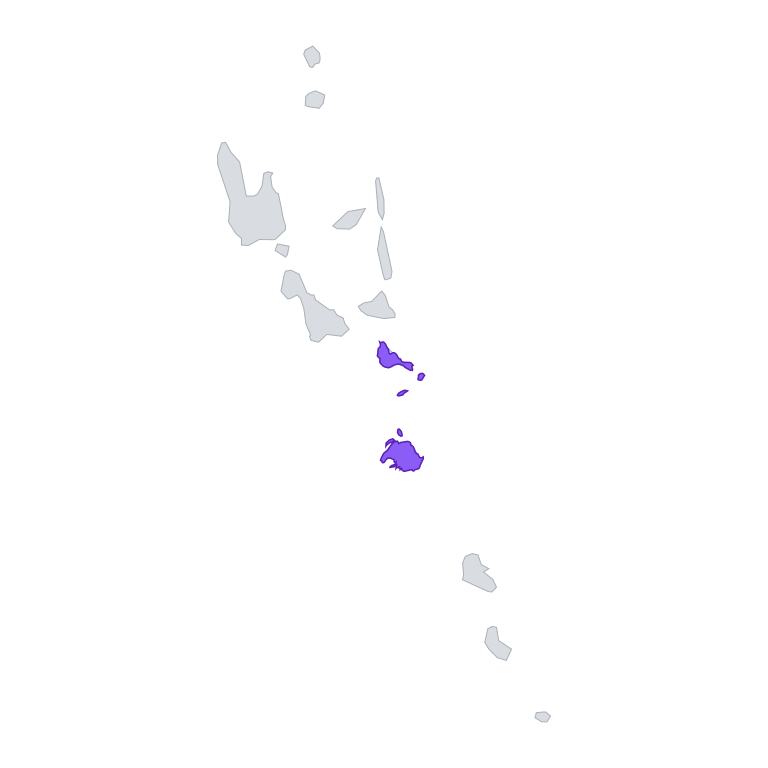 location of Shefa within Vanuatu
{"feature_id": "VUT-565", "entity_name": "Shefa", "entity_type": "Province", "adm_level": 1, "iso_a3": "VUT", "parent_name": "Vanuatu", "parent_adm1": "", "projection": "albers", "projection_center": [168.336, -17.198], "detail": "fine", "context": "in_parent", "style": "filled", "palette": "violet", "viewbox_px": 768, "rotation_deg": 0, "n_neighbors": 0, "source": "natural_earth", "source_scale": "10m", "svg_char_len": 4876}
<svg xmlns="http://www.w3.org/2000/svg" viewBox="0 0 768 768"><path d="M239.6,162.0L246.3,196.1L253.8,196.0L257.6,194.1L262.0,186.1L263.8,173.5L267.8,171.7L272.7,173.0L270.6,177.0L272.1,187.1L275.9,192.6L278.4,193.6L283.6,219.9L285.5,225.4L285.4,229.8L274.9,239.7L259.3,239.5L248.2,245.5L241.5,245.1L241.5,238.5L235.5,233.2L228.6,222.0L230.1,201.8L217.7,164.6L217.5,155.3L221.6,143.0L225.6,142.4L231.2,152.6L239.6,162.0ZM306.9,292.8L311.5,295.0L314.0,295.0L315.6,300.0L329.8,310.0L333.7,309.7L337.0,315.2L343.2,318.0L344.8,323.5L349.2,329.2L341.6,336.2L326.9,334.4L318.5,342.2L310.8,340.3L309.5,336.2L310.6,334.8L306.0,324.3L303.8,308.3L300.7,298.9L297.3,294.9L290.4,298.4L287.7,299.0L281.0,291.3L284.0,275.6L285.6,271.1L291.0,270.2L299.2,274.3L306.9,292.8ZM496.5,587.1L492.0,592.0L488.0,591.5L462.5,579.8L463.6,575.0L462.6,562.9L465.4,556.3L472.5,553.6L478.0,555.0L481.3,564.7L488.9,568.7L483.5,572.0L492.8,579.4L496.5,587.1ZM409.6,442.2L419.4,456.9L423.3,458.1L417.3,468.7L405.0,469.6L390.4,466.9L395.8,463.2L393.0,459.1L388.6,458.3L383.6,460.3L381.2,459.6L384.5,452.8L392.6,443.2L395.0,442.5L397.1,442.4L399.3,443.2L409.6,442.2ZM394.9,317.5L383.5,318.5L367.5,315.3L361.1,310.9L358.3,306.4L363.8,303.0L371.8,301.4L381.6,291.1L385.1,295.0L388.8,306.6L392.8,310.1L395.0,313.6L394.9,317.5ZM511.5,649.2L506.3,660.4L497.4,657.7L489.1,649.5L484.8,642.4L487.8,628.8L492.1,626.5L496.5,627.3L498.7,640.6L511.5,649.2ZM386.5,279.6L384.8,279.7L383.2,275.0L377.5,249.7L381.2,227.0L383.5,231.8L392.0,271.5L390.8,278.0L386.5,279.6ZM409.7,363.2L412.7,364.8L411.1,369.0L397.4,364.1L386.5,366.0L383.5,365.8L380.2,361.9L377.8,354.0L378.9,348.5L383.5,344.7L385.2,344.1L388.6,348.8L391.8,352.0L394.8,353.4L401.7,361.1L409.7,363.2ZM356.4,224.4L349.7,229.1L337.3,228.7L332.7,226.0L347.9,211.6L365.5,208.5L356.4,224.4ZM323.3,103.0L319.2,108.3L307.8,106.6L305.2,105.2L305.8,96.5L308.7,93.5L315.4,90.8L324.7,95.0L323.3,103.0ZM313.6,66.5L312.1,67.5L309.7,66.7L303.7,54.3L305.2,50.1L312.7,46.1L319.4,53.0L320.0,56.8L320.0,60.1L319.0,63.0L314.5,64.2L313.6,66.5ZM384.1,213.2L382.4,219.6L378.2,212.2L375.6,181.0L376.6,178.1L378.8,177.8L383.9,199.6L384.1,213.2ZM550.5,716.2L547.0,721.9L541.7,721.8L535.0,717.7L536.3,712.7L544.0,711.9L546.2,712.2L550.5,716.2ZM287.5,254.4L285.7,257.1L275.1,250.5L277.5,244.0L289.0,246.2L287.5,254.4Z" fill="#d9dde1" stroke="#a8b0b8" stroke-width="1"/><path d="M419.8,457.6L420.8,457.8L421.8,457.7L422.6,457.3L423.2,456.9L423.3,458.7L420.4,464.7L419.6,467.3L418.9,468.5L417.6,469.1L415.0,469.6L414.8,469.8L414.5,470.3L414.1,470.8L413.3,471.0L412.8,470.8L412.2,470.3L411.7,469.8L411.7,469.6L404.7,471.3L403.9,471.3L402.2,470.3L401.8,469.5L401.6,468.5L401.2,468.2L400.1,469.6L400.0,468.7L399.6,467.7L399.5,466.8L399.1,467.0L398.8,467.5L398.0,467.2L397.2,467.3L396.6,467.6L396.1,468.2L396.7,464.6L396.1,464.6L395.1,466.0L393.5,466.6L390.0,467.5L390.0,466.8L391.7,465.5L393.9,464.9L395.7,463.9L396.1,461.7L395.3,462.3L394.6,462.3L394.2,461.8L393.9,459.6L393.5,459.3L392.8,459.2L392.0,458.9L390.5,458.1L389.1,457.9L387.9,458.2L386.6,458.9L386.0,459.7L384.6,461.9L384.0,462.5L382.9,462.8L382.2,462.4L381.9,461.3L380.5,460.4L380.8,459.1L383.3,454.0L384.4,452.7L387.0,450.9L388.0,449.7L391.9,443.9L394.5,441.7L397.5,441.2L398.0,441.8L398.3,442.9L398.8,443.6L400.5,442.5L407.3,441.4L408.9,441.7L410.3,442.6L410.6,443.3L410.9,445.1L411.3,445.5L412.1,445.7L412.7,446.1L413.7,447.6L414.5,449.6L415.0,451.6L416.0,453.2L417.8,454.0L418.4,455.0L419.2,457.0L419.8,457.6ZM384.5,366.9L383.2,366.1L380.3,363.2L379.8,362.2L380.0,359.4L379.8,358.3L378.2,357.0L377.4,356.0L377.4,355.1L377.8,353.9L378.0,350.1L378.4,348.4L379.1,347.7L379.7,347.2L380.2,346.5L380.4,345.2L380.4,344.2L380.2,343.5L379.7,341.9L380.7,342.6L381.3,342.5L381.9,342.2L382.8,341.9L383.8,342.2L384.3,342.7L384.5,343.2L384.9,343.4L385.6,344.3L387.3,348.2L388.3,349.1L388.5,349.8L388.7,351.4L389.1,353.1L390.0,354.1L390.7,354.0L392.4,352.9L393.4,352.7L394.2,352.8L395.0,353.2L395.7,353.7L396.1,354.1L397.2,355.6L397.8,357.2L398.7,358.5L400.5,359.0L400.8,359.6L401.2,360.8L402.2,362.0L403.9,362.5L409.2,362.4L411.4,363.1L413.1,365.4L411.8,366.0L412.0,367.4L412.6,369.1L412.4,370.4L411.4,369.9L410.4,370.4L405.1,367.4L403.5,365.7L401.9,364.9L400.0,364.3L398.5,364.0L394.4,364.9L391.4,366.7L388.5,367.8L384.5,366.9ZM420.9,380.3L419.2,380.1L418.2,379.7L417.9,378.8L418.5,377.4L418.4,375.2L420.2,373.6L422.8,373.4L424.6,375.3L421.9,379.7L420.9,380.3ZM404.2,393.0L403.7,393.7L403.3,394.4L402.8,394.9L399.5,395.8L398.5,395.9L397.4,395.4L397.9,394.2L399.1,392.9L400.1,392.3L403.9,390.4L405.3,390.3L407.6,390.9L406.7,391.6L404.2,393.0ZM397.5,432.4L397.9,429.5L399.0,429.0L400.3,430.1L401.5,432.0L402.3,435.7L400.8,436.2L398.6,434.7L397.5,432.4ZM385.9,446.2L386.1,443.0L389.2,440.1L392.8,438.8L394.8,440.6L393.5,441.0L391.3,442.3L390.0,442.6L387.7,444.2L386.7,445.1L385.9,446.2Z" fill="#8b5cf6" stroke="#5b21b6" stroke-width="1.5"/></svg>